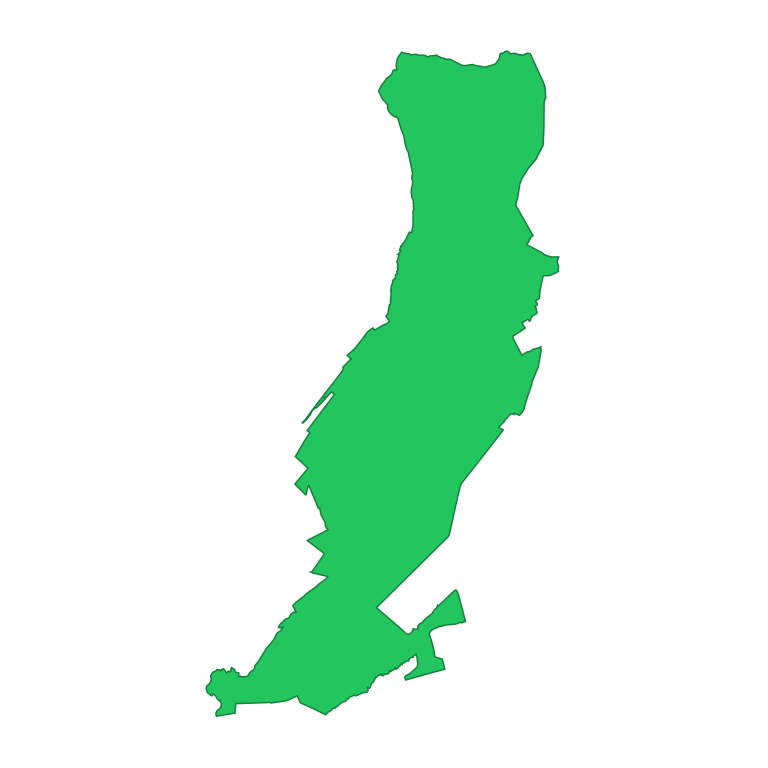 Flamanzi, Botosani, Romania, rotated 91°
{"feature_id": "2599482B79845284556073", "entity_name": "Flamanzi", "entity_type": "district", "adm_level": 2, "iso_a3": "ROU", "parent_name": "Romania", "parent_adm1": "Botosani", "projection": "robinson", "projection_center": [26.986, 47.54], "detail": "fine", "context": "isolated", "style": "filled", "palette": "green", "viewbox_px": 768, "rotation_deg": 91, "n_neighbors": 0, "source": "geoboundaries", "source_scale": "gbopen_adm2", "svg_char_len": 6102}
<svg xmlns="http://www.w3.org/2000/svg" viewBox="0 0 768 768"><g transform="rotate(91 384 384)"><path d="M588.8,308.1L588.7,309.1L591.8,312.5L605.2,326.0L605.3,326.3L604.6,326.5L607.5,327.8L609.0,329.8L612.7,331.9L617.0,337.3L620.6,340.7L621.5,340.7L623.0,343.9L624.7,345.5L625.5,345.9L628.4,345.8L628.6,349.3L628.3,350.7L629.4,350.6L630.4,351.4L630.9,351.3L633.7,354.0L633.5,357.2L627.5,363.9L607.8,387.7L535.3,316.9L532.7,315.9L495.2,308.3L485.0,306.0L482.2,304.9L430.1,265.5L427.7,264.0L426.6,266.6L425.2,268.5L419.3,262.9L418.8,263.3L415.6,260.1L413.2,258.4L411.6,256.4L411.4,255.9L412.2,253.2L410.9,253.2L412.9,247.9L410.2,245.5L406.9,243.7L396.0,240.9L382.0,236.3L379.4,236.1L364.4,230.1L348.0,227.5L344.0,227.9L344.9,229.2L346.1,232.8L346.6,235.4L348.3,237.6L349.2,239.4L349.5,241.6L352.8,246.7L335.9,255.8L333.9,255.9L325.7,243.8L320.5,247.1L316.9,241.5L317.0,240.7L318.6,239.9L318.5,239.2L318.0,238.7L314.8,237.9L313.3,236.5L310.6,232.2L305.8,233.2L303.8,234.3L302.1,232.1L301.1,232.0L299.7,233.4L298.6,233.7L297.1,232.8L296.8,231.7L295.5,230.1L287.9,229.6L274.1,227.0L272.9,226.6L272.8,221.4L271.0,216.3L268.3,211.5L267.6,211.8L263.5,211.5L258.6,213.2L253.9,211.5L254.1,218.6L252.6,224.1L251.8,226.0L250.0,228.3L242.2,243.7L241.0,243.5L239.8,241.8L236.8,241.1L236.4,240.1L234.7,240.1L233.1,237.6L202.8,255.5L194.6,253.5L181.3,251.6L175.9,249.6L165.8,243.4L156.7,236.1L142.3,229.0L125.2,228.6L99.3,228.8L94.5,227.3L84.5,228.2L79.8,229.8L51.4,243.5L50.7,246.1L52.8,251.1L52.5,252.6L52.6,253.8L52.2,254.0L52.4,255.5L51.2,258.1L51.2,260.8L51.7,262.9L49.0,266.5L49.5,268.6L50.8,270.4L51.3,271.6L51.1,272.7L52.0,273.8L55.3,274.0L56.7,274.6L59.5,276.2L61.9,278.1L63.0,280.6L65.6,289.3L64.8,291.5L64.2,297.4L63.0,301.1L64.1,307.5L64.1,311.4L58.1,323.7L58.2,327.5L57.2,330.1L56.8,332.2L56.9,333.0L56.0,333.9L55.5,335.9L54.3,336.7L54.2,337.2L54.9,340.1L55.2,343.9L56.0,345.3L56.2,346.4L54.7,348.4L54.9,349.1L54.5,350.6L54.7,354.8L53.8,357.2L54.3,362.9L54.0,363.7L53.6,364.0L53.0,368.3L52.0,372.1L56.6,375.4L58.9,376.4L65.2,377.4L69.8,376.7L69.7,379.3L70.8,380.6L74.1,381.6L77.6,385.4L78.3,386.8L81.5,388.6L83.8,390.7L89.3,393.7L91.2,394.5L99.7,390.2L101.3,388.1L103.3,386.8L104.9,385.1L108.7,385.2L111.4,383.9L114.0,381.9L116.2,378.6L117.5,375.0L128.1,371.6L135.4,368.6L143.4,367.1L148.5,365.5L151.9,363.8L173.4,359.0L175.4,359.7L178.5,359.7L180.7,358.8L184.6,359.0L188.7,360.0L192.5,360.1L197.3,359.2L199.8,358.0L202.9,357.9L203.9,357.2L205.4,357.9L208.8,357.1L209.7,357.9L211.5,357.9L225.1,357.7L232.2,359.1L231.6,361.1L232.0,361.4L241.3,365.9L244.1,368.2L245.7,368.7L245.5,369.4L250.0,370.8L250.3,369.7L251.3,369.9L254.2,372.4L254.3,371.4L256.1,371.6L261.8,373.2L263.8,372.3L267.9,372.5L268.0,371.9L268.5,371.9L270.6,372.5L271.0,373.2L273.6,372.9L274.3,374.2L278.0,374.6L280.2,376.9L284.5,377.6L284.8,378.1L285.8,378.3L289.3,378.7L289.2,378.4L290.2,378.3L290.5,378.8L295.0,378.5L301.1,379.1L301.1,378.8L303.2,378.9L304.7,379.4L304.7,380.0L313.9,381.4L316.1,383.3L321.0,379.8L322.9,381.3L324.4,383.3L324.2,384.2L329.8,393.4L329.7,394.9L328.0,396.0L332.3,401.5L340.2,407.0L349.6,414.4L356.1,421.3L359.0,418.1L359.2,417.2L367.9,425.4L370.1,425.0L376.6,429.4L404.6,450.4L421.7,462.6L423.9,465.0L424.4,464.4L422.3,462.6L422.2,461.9L416.1,457.2L412.4,455.6L411.0,454.4L409.6,452.9L408.7,450.7L400.1,442.6L399.0,443.6L397.7,442.5L398.7,441.6L392.7,436.3L395.2,433.3L431.9,460.0L434.2,457.4L442.1,462.4L458.1,471.4L469.6,458.5L485.7,471.4L496.1,460.4L495.8,459.7L489.0,458.7L486.9,457.3L509.4,447.4L509.5,446.1L515.9,444.7L523.6,440.3L525.6,440.3L529.0,439.1L530.7,437.4L541.8,458.0L554.7,440.6L573.1,452.8L573.2,453.9L574.1,452.1L577.2,438.0L577.5,437.1L577.9,436.9L580.2,439.0L585.4,446.0L586.9,447.2L592.0,453.7L592.6,455.1L593.9,456.0L594.8,457.9L596.7,459.4L604.0,468.4L607.1,471.3L613.9,467.9L613.7,470.4L615.8,473.2L619.8,475.2L620.1,476.7L621.3,479.2L623.2,480.5L625.4,483.1L628.0,485.0L629.1,485.3L629.5,484.5L629.7,483.0L628.6,480.9L629.2,480.5L633.1,483.6L634.2,485.8L635.5,486.9L642.0,490.0L650.4,496.9L664.5,505.4L667.2,507.8L670.9,508.7L672.8,510.4L673.3,511.5L675.1,513.3L678.6,515.1L679.3,520.9L678.6,522.5L679.0,524.4L675.4,524.1L674.6,527.8L671.9,528.5L670.2,531.5L672.0,532.2L674.0,532.1L674.6,532.9L673.7,534.5L675.6,536.5L672.2,538.7L671.5,539.6L672.4,541.4L673.7,542.1L673.4,543.0L672.7,543.5L672.5,546.0L674.3,547.8L674.9,549.7L676.0,550.8L679.1,552.3L682.1,551.5L686.5,553.0L688.8,555.7L690.0,556.3L692.0,556.5L695.8,555.1L696.8,553.3L698.3,552.0L698.8,550.7L696.9,549.7L698.4,547.2L701.2,545.6L703.5,543.6L703.6,542.6L702.4,541.8L704.4,542.1L705.9,541.1L709.2,541.2L711.4,542.5L713.4,545.1L714.5,545.7L717.0,546.4L719.0,545.7L715.8,528.2L715.9,527.3L706.5,526.6L706.2,526.2L704.4,492.2L704.9,491.7L703.8,484.1L702.2,475.4L697.4,465.3L704.2,462.2L710.8,446.8L715.8,436.6L713.1,434.2L712.6,433.0L711.5,431.8L711.4,431.1L709.6,429.8L708.9,428.4L709.0,427.4L707.7,426.4L707.2,424.9L705.9,424.0L702.3,419.3L702.3,417.5L700.6,415.7L699.7,415.4L699.2,414.0L697.2,412.6L697.2,411.1L695.6,408.8L695.7,408.1L696.3,407.5L695.7,405.3L693.1,399.8L692.3,395.6L690.7,394.5L687.8,395.2L688.5,393.3L686.4,392.2L685.4,392.1L683.0,390.6L681.7,389.0L680.4,389.3L680.1,388.3L677.3,387.2L677.4,386.5L675.4,384.6L675.1,383.0L674.0,382.1L674.2,381.0L675.4,381.3L675.7,380.1L675.5,379.3L673.9,378.8L674.3,376.1L672.5,373.5L670.8,373.6L671.2,372.0L670.3,371.4L670.3,370.4L669.5,369.3L667.7,368.0L669.1,367.3L669.0,367.0L668.4,366.5L668.1,365.5L666.2,364.3L665.8,363.1L664.3,362.8L663.9,361.6L664.2,361.0L662.9,360.9L662.5,360.2L662.6,359.1L661.1,358.6L661.5,357.7L660.3,355.8L660.5,354.5L659.0,354.5L658.6,353.8L658.0,353.8L657.3,352.7L656.7,349.9L655.9,350.1L653.5,347.1L657.0,346.2L663.5,345.4L666.3,345.8L673.0,352.9L675.3,357.1L677.0,358.3L679.6,357.2L671.4,329.9L668.2,318.2L658.1,320.9L656.0,328.2L646.0,330.3L632.5,334.4L629.4,332.2L627.4,329.0L627.4,328.2L625.8,325.2L625.0,321.0L624.4,320.5L623.7,317.2L623.4,313.8L623.6,313.2L623.0,311.8L623.2,309.9L622.4,306.8L621.2,304.2L621.4,301.6L620.3,299.8L620.2,298.3L593.2,305.9L588.8,308.1Z" fill="#22c55e" stroke="#15803d" stroke-width="1.5"/></g></svg>